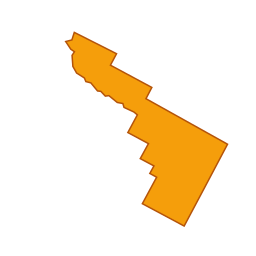 Gem, Idaho, United States of America, rotated 298°
{"feature_id": "52423323B51946082922019", "entity_name": "Gem", "entity_type": "district", "adm_level": 2, "iso_a3": "USA", "parent_name": "United States of America", "parent_adm1": "Idaho", "projection": "natural_earth1", "projection_center": [-116.36, 44.159], "detail": "fine", "context": "isolated", "style": "filled", "palette": "amber", "viewbox_px": 256, "rotation_deg": 298, "n_neighbors": 0, "source": "geoboundaries", "source_scale": "gbopen_adm2", "svg_char_len": 580}
<svg xmlns="http://www.w3.org/2000/svg" viewBox="0 0 256 256"><g transform="rotate(298 128 128)"><path d="M187.2,35.7L179.4,37.1L175.1,32.4L170.7,40.5L170.2,44.9L165.9,44.5L156.5,50.4L152.4,56.8L151.7,66.0L149.2,69.0L150.4,74.0L146.4,83.7L147.6,86.8L145.5,93.0L147.6,95.9L145.5,106.5L147.2,112.0L144.3,114.8L144.9,125.6L144.0,130.1L123.9,130.0L123.8,153.4L106.7,153.2L106.7,168.7L98.1,168.6L98.0,176.4L67.9,176.2L67.8,223.6L93.6,223.6L110.8,223.6L160.4,223.5L162.3,130.1L175.0,130.0L175.2,83.0L188.2,83.0L187.2,35.7Z" fill="#f59e0b" stroke="#b45309" stroke-width="1.5"/></g></svg>